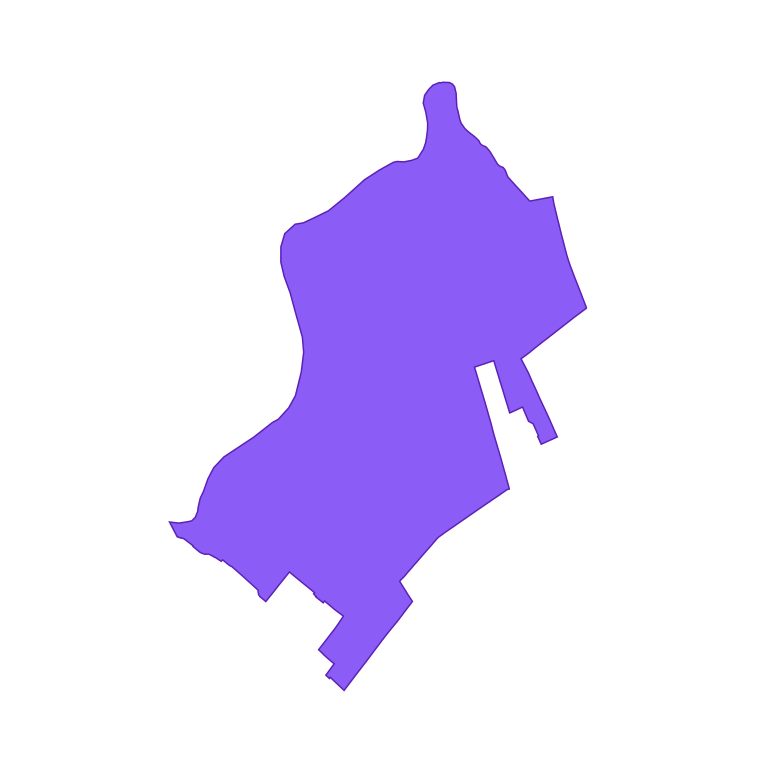 the district of Cornetu, Giurgiu, Romania, rotated 101°
{"feature_id": "2599482B43761386306926", "entity_name": "Cornetu", "entity_type": "district", "adm_level": 2, "iso_a3": "ROU", "parent_name": "Romania", "parent_adm1": "Giurgiu", "projection": "natural_earth1", "projection_center": [25.931, 44.345], "detail": "fine", "context": "isolated", "style": "filled", "palette": "violet", "viewbox_px": 768, "rotation_deg": 101, "n_neighbors": 0, "source": "geoboundaries", "source_scale": "gbopen_adm2", "svg_char_len": 3867}
<svg xmlns="http://www.w3.org/2000/svg" viewBox="0 0 768 768"><g transform="rotate(101 384 384)"><path d="M560.4,568.2L561.6,567.2L568.6,561.7L570.2,560.4L573.5,557.8L574.0,553.6L573.8,553.3L574.1,550.8L574.4,550.2L576.2,546.6L579.2,540.6L579.9,540.6L581.2,538.2L582.5,535.9L583.4,534.3L584.2,532.8L584.9,530.5L585.3,527.2L584.8,525.4L584.4,523.4L586.4,517.1L586.3,516.9L589.1,510.0L587.4,508.8L590.8,502.7L591.9,500.3L592.2,498.7L595.8,492.5L599.2,486.7L599.9,485.5L610.3,468.4L614.3,467.1L616.3,465.4L620.1,458.5L618.2,457.5L615.1,455.9L612.7,454.6L599.7,447.9L589.1,442.3L586.6,441.0L591.2,432.6L595.6,424.4L598.1,419.7L598.3,419.3L600.2,415.8L602.0,412.6L602.2,412.3L603.0,412.9L603.4,413.1L605.5,410.2L605.9,410.4L607.9,406.7L608.0,406.4L610.0,402.7L610.4,402.0L608.4,400.9L614.6,389.8L616.6,385.8L619.6,379.5L620.9,380.1L625.0,381.8L627.6,382.9L632.8,385.2L637.4,387.5L649.2,393.4L657.3,397.5L661.2,391.5L661.5,391.2L665.6,384.2L666.5,382.6L668.1,379.5L680.9,385.5L681.5,384.6L682.5,383.0L683.5,381.4L682.2,380.8L692.4,364.7L689.5,363.3L673.5,355.4L656.7,347.0L646.9,342.3L646.3,342.0L643.1,340.4L636.9,337.4L631.8,334.9L625.7,331.7L622.5,330.0L613.8,325.3L609.1,323.0L601.7,319.4L597.7,317.4L592.0,314.6L588.1,318.4L586.4,320.1L584.3,322.0L577.7,328.2L575.4,330.3L574.7,331.0L572.2,329.5L568.5,327.0L565.3,325.3L559.1,321.7L557.4,320.8L552.0,317.6L543.4,312.7L534.9,307.7L525.8,302.5L523.9,301.2L518.3,296.0L508.6,286.5L490.3,268.7L477.6,256.2L470.7,249.3L469.5,248.2L464.1,242.9L463.2,241.0L461.9,241.5L461.2,241.9L460.6,242.2L457.1,243.9L455.9,244.5L455.3,244.8L454.7,245.1L453.3,245.8L450.3,247.2L447.6,248.6L444.6,250.1L441.8,251.5L437.2,253.8L434.0,255.4L430.1,257.4L428.0,258.5L426.0,259.6L425.4,259.9L421.3,262.0L412.2,266.7L408.1,268.7L405.0,270.1L400.7,272.2L395.3,275.0L390.1,277.6L385.0,280.2L380.6,282.5L374.4,285.7L370.1,288.0L365.6,290.3L360.1,293.2L354.9,295.9L350.2,298.4L340.1,280.7L342.6,279.4L359.6,270.4L367.2,266.3L373.9,262.8L382.1,258.4L388.4,255.1L388.2,254.7L387.1,253.2L384.3,249.3L380.2,243.6L393.0,235.0L394.6,230.0L405.0,222.7L405.4,222.4L406.1,223.2L413.1,218.2L410.7,214.8L403.1,204.1L402.9,203.8L402.7,204.0L389.4,213.2L386.9,214.9L381.2,219.0L367.4,229.1L363.4,231.8L357.9,235.7L352.9,239.4L350.8,240.8L345.8,244.2L339.7,249.0L333.1,254.3L325.6,247.4L321.0,243.7L312.5,236.4L311.1,235.1L281.9,209.7L271.0,199.8L269.9,200.2L262.1,205.1L257.1,208.2L252.5,211.1L249.2,213.2L245.1,215.8L240.7,218.6L236.2,221.3L232.3,223.8L226.1,227.3L222.1,229.4L215.2,232.7L209.7,235.3L202.9,238.6L198.6,240.6L192.2,243.5L188.7,245.2L183.2,247.7L175.7,251.1L175.2,251.4L172.8,252.3L170.7,253.1L168.0,254.1L170.8,261.1L176.6,275.7L176.4,276.1L157.2,301.9L150.6,306.1L148.7,308.4L148.1,311.8L146.6,314.4L144.2,316.6L141.1,319.3L139.1,321.2L137.1,322.9L134.6,325.5L132.8,327.8L132.0,328.8L131.5,330.0L131.3,332.1L130.7,333.6L129.9,334.9L129.2,335.8L127.9,336.6L126.6,337.9L125.8,339.4L125.1,340.3L124.6,341.1L123.9,342.4L122.9,344.2L122.4,345.3L121.9,346.3L120.8,348.3L120.0,349.8L119.0,351.5L117.8,353.4L113.2,358.1L109.7,360.1L108.1,360.8L105.6,361.9L103.5,362.8L102.2,363.4L101.3,363.8L100.9,364.0L98.7,365.2L94.5,366.3L84.8,368.7L78.7,371.5L76.5,374.1L75.6,377.5L76.6,383.8L77.6,385.9L77.6,387.3L81.3,393.0L86.6,396.5L92.9,399.2L100.7,399.1L109.3,394.8L119.6,390.9L126.3,389.8L133.4,389.3L139.5,389.2L146.0,390.1L155.9,394.0L159.3,399.7L162.2,407.0L163.1,413.8L164.5,416.9L168.4,421.7L175.3,429.8L187.2,442.1L208.8,458.4L224.7,471.7L235.8,486.5L241.2,493.9L244.1,501.7L255.3,510.1L268.9,511.4L284.1,508.5L297.5,502.5L312.4,493.5L328.8,485.5L353.5,473.1L368.2,468.9L388.0,467.5L412.3,468.7L425.6,473.0L438.8,481.0L443.1,486.2L461.1,501.8L486.1,527.2L498.5,535.1L510.5,538.7L523.8,540.7L531.2,542.6L540.1,542.9L544.7,542.6L550.9,543.8L555.1,546.7L557.1,551.6L559.7,558.9L560.4,568.2Z" fill="#8b5cf6" stroke="#5b21b6" stroke-width="1.5"/></g></svg>